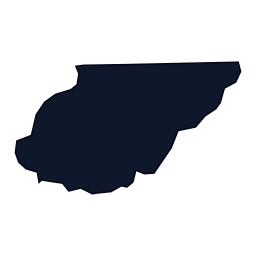 Union, Florida, United States of America (orthographic projection)
{"feature_id": "52423323B15524353330478", "entity_name": "Union", "entity_type": "district", "adm_level": 2, "iso_a3": "USA", "parent_name": "United States of America", "parent_adm1": "Florida", "projection": "orthographic", "projection_center": [-82.394, 30.032], "detail": "fine", "context": "isolated", "style": "filled", "palette": "ink", "viewbox_px": 256, "rotation_deg": 0, "n_neighbors": 0, "source": "geoboundaries", "source_scale": "gbopen_adm2", "svg_char_len": 579}
<svg xmlns="http://www.w3.org/2000/svg" viewBox="0 0 256 256"><path d="M39.1,182.4L41.4,180.0L62.6,183.2L68.8,191.0L80.7,188.0L92.4,193.8L96.3,193.1L110.9,191.6L121.3,185.8L126.9,187.0L132.9,182.0L135.8,170.3L144.4,173.7L154.0,173.1L171.2,147.8L178.0,130.6L195.6,126.9L204.9,116.0L215.8,108.7L220.3,102.5L224.3,88.2L235.8,81.9L240.6,71.5L238.2,62.2L126.8,64.6L83.5,65.3L75.9,66.3L78.9,73.7L77.2,84.6L70.9,89.7L55.5,94.4L44.7,102.2L36.3,114.6L31.4,135.4L16.9,141.0L15.4,152.7L18.8,162.2L26.0,168.7L37.3,172.1L39.1,182.4Z" fill="#0f172a" stroke="#020617" stroke-width="1.5"/></svg>